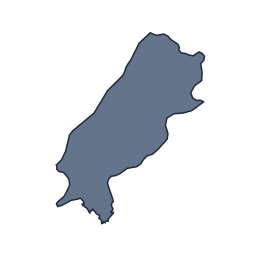 SVG path tracing the border of Aydin, rotated 316°
{"feature_id": "TUR-2229", "entity_name": "Aydin", "entity_type": "Province", "adm_level": 1, "iso_a3": "TUR", "parent_name": "Turkey", "parent_adm1": "", "projection": "natural_earth1", "projection_center": [27.708, 37.721], "detail": "fine", "context": "isolated", "style": "filled", "palette": "slate", "viewbox_px": 256, "rotation_deg": 316, "n_neighbors": 0, "source": "natural_earth", "source_scale": "10m", "svg_char_len": 1700}
<svg xmlns="http://www.w3.org/2000/svg" viewBox="0 0 256 256"><g transform="rotate(316 128 128)"><path d="M66.4,170.7L64.5,170.8L62.7,171.7L61.7,173.5L61.2,175.3L60.0,176.5L57.3,176.5L57.3,177.5L58.9,178.6L58.3,179.1L51.7,179.6L50.2,180.1L48.9,181.3L48.1,180.2L47.3,179.6L46.5,179.6L45.8,180.2L45.7,179.2L45.5,178.8L45.1,178.4L44.2,179.0L43.9,179.1L43.6,178.8L42.7,178.4L43.8,177.1L44.6,175.7L44.8,174.3L44.3,172.7L46.0,171.9L46.7,171.7L46.7,170.8L45.7,168.1L46.3,161.8L44.3,162.4L43.7,161.6L43.0,161.6L42.1,162.2L41.3,163.2L41.8,160.9L42.4,158.8L42.7,156.8L42.1,154.7L42.5,153.8L42.0,153.2L41.6,152.4L42.1,150.9L43.8,152.0L44.8,149.8L45.2,146.8L44.8,145.2L43.1,144.6L36.7,140.5L27.0,137.8L22.9,135.7L23.9,132.8L25.9,132.3L33.3,132.8L35.7,132.5L45.3,129.1L46.8,128.0L49.3,124.8L50.1,122.7L50.6,119.6L50.7,116.6L50.6,114.9L49.7,113.6L48.7,112.4L48.0,110.8L48.2,108.2L48.6,107.7L50.0,106.4L50.6,105.4L50.7,104.8L50.9,104.9L58.2,104.7L67.2,101.3L80.8,92.5L86.4,91.6L113.8,93.7L139.5,86.9L160.9,86.6L164.9,85.1L168.8,82.9L173.1,81.7L177.6,80.9L195.1,74.7L210.2,75.0L211.4,78.2L212.9,81.2L219.1,85.4L220.5,89.5L220.3,94.2L222.1,102.5L221.0,105.5L218.7,107.2L218.4,110.8L220.8,114.0L222.5,117.6L224.9,121.2L232.0,122.6L233.1,125.7L232.8,129.6L229.4,132.0L225.1,132.2L219.9,139.4L214.0,145.0L205.4,143.9L197.6,146.2L195.4,151.3L196.8,156.6L197.9,157.0L199.1,157.8L199.9,159.7L200.5,161.7L186.0,159.8L177.8,155.4L170.9,149.6L162.8,147.9L156.8,152.1L152.9,159.7L148.5,163.2L135.0,164.2L127.2,163.8L122.5,161.4L117.4,161.4L112.3,162.6L107.3,161.8L99.4,156.5L90.5,155.2L86.2,153.7L82.3,151.1L78.6,151.3L75.1,153.2L73.7,155.6L67.7,168.4L66.4,170.7Z" fill="#64748b" stroke="#1e293b" stroke-width="1.5"/></g></svg>